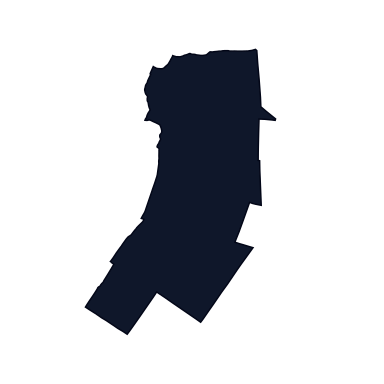 outline of Rojiste, Dolj, Romania, rotated 106°
{"feature_id": "2599482B74221959783433", "entity_name": "Rojiste", "entity_type": "district", "adm_level": 2, "iso_a3": "ROU", "parent_name": "Romania", "parent_adm1": "Dolj", "projection": "mercator", "projection_center": [23.915, 44.025], "detail": "fine", "context": "isolated", "style": "filled", "palette": "ink", "viewbox_px": 384, "rotation_deg": 106, "n_neighbors": 0, "source": "geoboundaries", "source_scale": "gbopen_adm2", "svg_char_len": 4263}
<svg xmlns="http://www.w3.org/2000/svg" viewBox="0 0 384 384"><g transform="rotate(106 192 192)"><path d="M332.0,262.7L333.5,257.9L335.3,251.7L336.9,246.8L337.8,244.3L339.1,239.3L341.8,230.9L343.6,225.5L345.0,220.1L346.6,215.1L342.1,213.4L333.8,210.5L326.0,207.8L303.8,200.3L297.8,198.4L298.7,195.8L300.8,189.2L303.9,180.2L306.4,172.7L309.6,163.1L313.0,152.9L314.8,147.8L311.5,146.5L301.7,143.2L294.2,140.6L280.0,135.9L270.7,132.5L254.5,127.2L247.8,124.9L240.4,122.2L235.4,120.4L228.7,118.0L228.7,121.0L228.6,128.4L228.6,132.4L228.5,134.6L228.5,136.9L225.8,136.7L217.0,135.8L205.4,135.0L186.1,133.8L186.3,130.5L186.2,127.7L186.0,125.2L185.7,121.8L152.8,132.7L143.3,135.6L143.4,137.1L135.9,139.2L129.6,140.9L116.3,144.4L103.4,147.7L102.0,142.0L100.7,135.0L100.2,131.8L98.7,131.8L96.3,137.5L94.0,142.9L91.1,149.3L82.1,152.3L65.3,158.5L50.0,164.4L38.2,168.7L37.4,170.3L39.3,173.3L41.0,177.0L43.1,183.6L43.9,186.4L44.7,189.7L45.5,192.2L45.9,193.7L46.2,194.7L46.1,195.3L46.2,196.3L47.1,199.4L47.9,201.6L48.7,203.2L49.1,204.7L49.9,206.5L50.9,209.1L51.9,211.3L52.0,212.1L52.1,212.6L52.3,213.2L52.5,213.5L53.4,214.1L54.5,214.8L55.4,215.4L56.1,215.9L56.7,216.9L57.7,219.2L58.3,221.3L58.6,223.3L59.0,225.6L58.9,227.2L59.2,228.4L59.3,229.1L59.6,229.8L59.6,230.6L59.5,231.4L59.4,231.9L59.6,232.6L60.6,233.8L61.5,235.0L62.1,236.0L62.7,237.1L63.7,238.1L64.4,239.2L65.1,240.3L65.4,241.0L65.7,241.9L65.8,242.8L66.2,243.9L66.3,244.6L66.3,245.6L66.3,246.6L66.3,247.4L66.2,248.1L68.1,248.3L69.9,248.8L72.0,249.2L74.7,249.9L76.0,250.3L76.6,250.7L77.3,251.2L78.2,251.8L79.7,252.7L80.5,253.1L80.9,253.6L81.4,254.1L81.9,255.2L82.2,256.1L82.5,257.8L82.7,258.6L82.9,260.3L82.7,261.1L82.5,262.0L82.4,262.9L82.1,263.8L87.7,264.6L88.6,264.7L89.3,264.8L90.0,264.8L90.3,264.5L90.5,264.1L95.2,264.9L97.1,265.2L97.9,265.2L98.5,265.2L98.9,265.1L99.4,265.2L100.0,265.4L100.7,265.6L101.5,265.8L101.8,265.9L102.3,266.0L102.9,265.9L103.4,265.9L104.9,265.8L105.7,265.8L106.2,265.8L106.5,265.7L107.0,265.6L108.7,264.7L109.4,264.3L110.7,263.3L111.0,262.7L111.3,262.4L111.7,261.9L111.9,261.6L112.1,261.4L112.4,261.2L112.6,260.9L112.8,260.9L113.3,260.9L113.7,260.9L114.5,260.8L114.9,260.7L115.3,260.5L115.6,260.5L116.0,260.4L116.4,260.2L116.9,259.9L117.2,259.7L117.4,259.4L117.6,259.2L117.9,258.9L118.1,258.8L118.3,258.7L119.4,258.2L120.2,257.8L120.9,257.5L121.5,257.1L122.4,256.6L123.2,256.0L124.1,255.3L124.5,254.9L125.1,254.9L125.5,255.1L126.9,255.5L128.1,255.9L128.7,256.0L129.9,256.2L130.7,256.3L132.1,256.3L132.9,256.3L133.3,256.4L133.5,256.5L133.9,256.6L134.2,256.6L134.4,256.8L134.7,256.9L135.3,256.9L135.8,257.0L136.0,257.0L135.9,256.5L135.8,255.9L135.5,254.8L135.2,254.2L134.8,253.6L134.5,252.8L134.5,252.1L134.5,251.4L135.0,248.7L135.3,246.3L135.7,244.2L136.0,242.5L136.5,241.2L137.9,240.1L139.3,239.1L140.8,238.3L141.5,237.9L142.6,237.7L143.0,237.5L143.7,237.7L144.1,237.9L144.9,238.1L145.5,238.5L146.0,238.6L146.5,238.6L147.0,238.4L147.4,238.3L147.9,238.2L148.3,237.8L148.8,237.5L149.2,237.1L149.4,236.9L149.7,236.8L150.0,236.8L150.4,236.8L150.7,236.8L151.0,236.8L151.4,237.0L151.7,237.0L152.0,237.1L152.3,237.1L153.2,237.4L153.8,237.3L154.4,237.3L154.9,237.5L155.6,237.8L156.5,238.0L157.4,238.1L158.0,238.1L158.4,237.9L158.6,237.5L158.8,236.6L159.1,236.0L159.7,235.4L160.8,235.3L161.4,235.1L162.8,234.7L166.5,233.7L169.0,232.9L171.5,232.5L173.9,231.7L177.4,231.2L183.7,230.3L184.9,230.1L186.0,230.1L187.2,230.0L188.2,230.1L191.4,230.2L194.0,230.3L199.1,230.6L201.0,230.7L201.6,230.7L219.6,231.6L222.0,231.7L223.7,231.8L225.8,232.2L227.6,232.7L230.7,233.4L231.4,233.5L231.4,230.7L233.2,230.9L234.0,231.1L234.4,231.3L235.5,231.9L237.6,233.1L239.3,234.1L240.7,234.8L241.6,235.3L242.4,235.5L242.8,235.6L243.4,236.0L245.0,236.7L246.5,237.3L247.8,237.8L248.8,238.2L249.5,238.4L250.1,238.7L250.5,239.1L251.2,239.6L251.9,240.3L252.9,241.1L255.3,242.2L258.1,243.2L261.5,244.4L263.6,245.0L265.0,245.6L266.9,246.3L271.3,247.9L273.6,248.6L277.1,249.7L279.6,250.6L281.2,251.2L281.2,250.8L281.6,250.4L281.8,250.3L282.0,250.0L282.3,249.0L282.9,247.2L287.7,248.4L294.7,250.3L301.3,252.2L303.5,252.6L304.2,253.1L304.9,253.5L306.3,254.1L307.9,254.5L309.1,255.7L310.1,256.2L311.2,256.3L315.7,257.6L320.4,259.1L325.2,260.7L329.1,261.9L332.0,262.7Z" fill="#0f172a" stroke="#020617" stroke-width="1.5"/></g></svg>